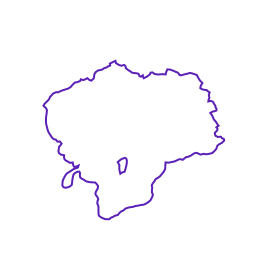 the district of São Pedro, São Paulo, Brazil, rotated 54°
{"feature_id": "56859067B92342364496161", "entity_name": "São Pedro", "entity_type": "district", "adm_level": 2, "iso_a3": "BRA", "parent_name": "Brazil", "parent_adm1": "São Paulo", "projection": "equal_earth", "projection_center": [-47.917, -22.558], "detail": "fine", "context": "isolated", "style": "outline", "palette": "violet", "viewbox_px": 256, "rotation_deg": 54, "n_neighbors": 0, "source": "geoboundaries", "source_scale": "gbopen_adm2", "svg_char_len": 3533}
<svg xmlns="http://www.w3.org/2000/svg" viewBox="0 0 256 256"><g transform="rotate(54 128 128)"><path d="M74.8,94.0L73.7,96.8L71.6,98.3L68.5,99.6L66.3,98.7L65.8,101.5L65.2,104.8L67.0,105.7L66.4,108.2L66.3,110.2L65.6,111.9L65.6,114.2L65.0,116.0L63.9,118.2L63.8,121.3L64.7,123.6L66.2,124.9L67.8,126.7L68.1,129.9L66.5,131.0L63.8,131.6L63.4,134.6L62.7,136.3L60.9,137.5L61.8,139.1L61.1,142.0L60.0,144.3L60.4,147.3L61.1,150.1L61.0,152.9L59.7,156.9L58.9,159.4L58.4,161.4L58.0,163.8L56.8,164.9L56.1,168.3L57.1,172.9L58.4,175.1L58.9,177.8L59.3,181.0L60.3,183.3L61.7,183.1L63.5,182.7L65.8,183.0L68.2,185.1L69.9,186.8L71.1,187.9L72.4,189.0L74.5,190.5L76.2,191.6L77.5,192.2L79.0,192.8L80.6,193.4L82.2,194.1L84.4,194.7L86.5,194.9L87.9,194.9L90.1,195.1L91.8,195.1L93.5,194.5L95.1,193.2L97.5,193.1L98.9,191.0L101.6,190.9L102.3,192.9L102.7,194.8L104.4,196.4L105.9,198.0L107.7,198.6L110.1,197.9L112.5,195.7L114.1,197.0L115.9,197.7L117.6,197.5L119.8,196.4L122.2,195.3L123.4,193.0L125.1,193.9L127.4,194.5L128.8,192.9L129.3,190.1L130.5,191.7L129.9,194.2L129.2,196.4L129.2,199.1L129.0,201.3L128.8,203.9L129.3,206.0L130.1,207.8L130.9,209.4L131.7,210.9L133.2,212.7L135.9,214.9L137.9,215.0L139.6,213.7L140.5,211.8L141.1,209.6L141.0,207.0L139.3,205.3L138.0,204.2L136.6,202.8L135.0,201.2L133.5,199.2L133.3,197.0L133.7,194.5L134.6,193.1L136.1,193.2L137.9,194.7L139.8,195.7L141.6,195.3L143.5,194.3L144.9,193.8L146.3,193.3L147.7,192.3L149.6,190.5L151.5,188.2L152.8,186.6L154.6,186.3L157.2,186.3L159.1,188.0L160.5,191.1L161.8,192.9L163.3,193.4L166.1,193.3L168.2,194.0L169.1,195.5L171.0,197.2L173.9,197.9L177.0,200.1L178.9,201.4L180.4,202.5L181.9,203.0L183.6,202.6L185.2,201.9L186.6,201.1L188.1,200.2L189.2,198.9L190.7,196.8L190.6,194.3L191.1,192.4L191.3,189.9L192.4,187.5L191.6,184.5L191.5,182.5L192.0,180.1L191.7,177.3L192.9,173.7L194.1,171.5L194.9,169.9L195.5,167.7L196.6,165.8L197.8,162.9L199.3,160.3L199.8,157.7L199.9,154.6L199.7,152.3L198.4,149.7L197.3,147.8L196.0,146.8L194.1,146.5L192.0,144.8L190.2,143.3L188.2,142.4L187.2,140.0L186.6,137.9L185.6,135.7L185.9,132.9L185.9,130.8L185.4,128.8L185.0,126.9L184.1,124.1L182.9,121.9L180.3,119.9L177.9,117.8L180.0,115.4L181.1,112.8L182.4,110.0L182.9,107.6L183.3,105.1L184.4,103.6L185.9,102.4L185.8,100.5L185.7,98.2L186.7,96.1L187.3,93.1L187.3,90.9L187.7,88.1L189.4,86.4L190.8,85.8L192.3,84.7L193.4,81.9L195.0,80.4L196.1,78.7L197.8,74.5L197.4,71.3L196.8,68.9L194.8,66.0L194.7,64.0L195.2,60.9L194.7,57.5L193.0,56.9L191.8,57.9L189.7,58.0L188.0,60.6L185.9,61.7L184.3,61.4L182.9,60.5L182.4,57.2L181.1,56.0L179.4,56.1L179.4,53.4L177.7,53.5L175.2,53.2L171.4,53.5L168.4,52.8L166.5,52.5L164.2,52.6L164.4,50.1L165.4,47.9L165.8,46.1L164.4,45.1L163.0,45.1L161.1,44.2L158.7,44.2L157.3,43.8L155.8,44.3L154.4,45.6L153.8,47.4L152.6,46.3L151.4,44.4L148.8,43.2L147.1,41.0L144.9,41.9L143.5,42.1L141.9,43.9L140.0,45.4L138.3,46.1L136.6,44.4L135.4,41.4L133.0,41.7L131.2,41.9L128.1,41.6L125.6,41.2L122.6,43.2L120.0,45.3L116.5,54.2L115.3,55.2L113.7,55.0L112.0,55.4L110.6,56.4L108.6,57.5L106.7,58.8L105.4,59.6L103.7,61.8L105.4,64.5L106.8,66.0L105.2,67.9L103.9,69.7L102.3,72.4L99.9,74.8L97.4,75.5L96.5,77.2L97.5,79.0L97.6,82.1L97.0,86.0L95.5,85.8L94.1,85.1L94.1,87.4L92.7,88.2L90.3,87.6L88.4,89.3L86.7,91.2L85.2,92.4L83.4,92.8L82.1,93.5L79.9,94.2L78.4,94.6L76.6,93.7L74.8,94.0ZM155.4,158.7L152.8,156.7L149.6,156.4L149.3,153.7L149.4,151.3L150.3,148.0L151.9,147.4L153.5,148.0L154.9,149.0L156.2,150.1L157.7,151.8L159.6,154.0L161.4,156.5L160.5,159.0L160.5,161.1L157.5,159.9L155.4,158.7Z" fill="none" stroke="#5b21b6" stroke-width="2"/></g></svg>